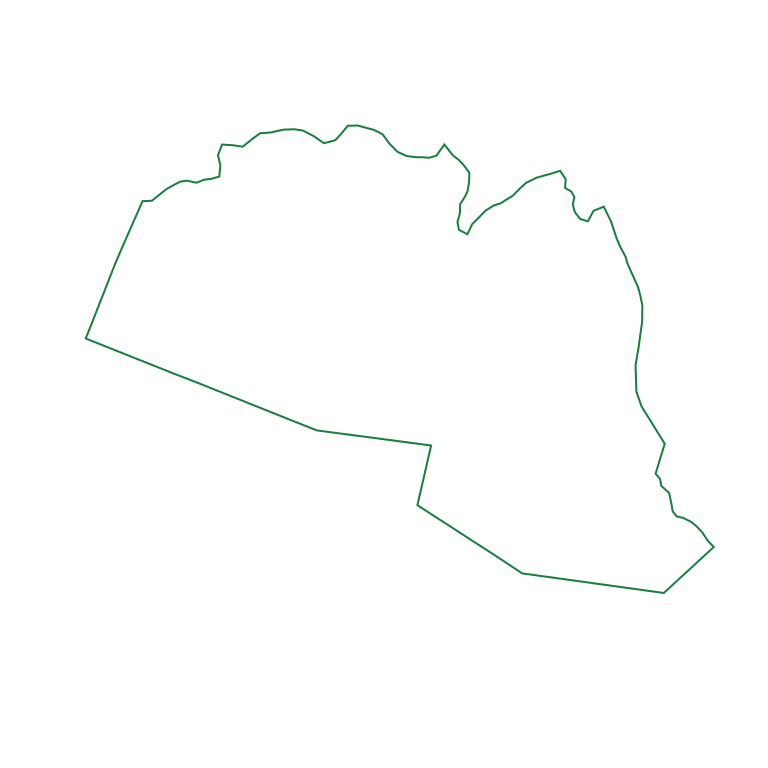 Caraúbas do Piauí, Piauí, Brazil, rotated 75°
{"feature_id": "56859067B66346161211565", "entity_name": "Caraúbas do Piauí", "entity_type": "district", "adm_level": 2, "iso_a3": "BRA", "parent_name": "Brazil", "parent_adm1": "Piauí", "projection": "albers", "projection_center": [-41.857, -3.587], "detail": "fine", "context": "isolated", "style": "outline", "palette": "green", "viewbox_px": 768, "rotation_deg": 75, "n_neighbors": 0, "source": "geoboundaries", "source_scale": "gbopen_adm2", "svg_char_len": 1593}
<svg xmlns="http://www.w3.org/2000/svg" viewBox="0 0 768 768"><g transform="rotate(75 384 384)"><path d="M514.4,128.3L472.4,141.0L456.8,142.2L430.8,136.1L413.8,128.3L390.8,118.6L375.3,114.2L365.0,113.5L356.6,113.5L330.2,117.7L323.7,117.7L313.1,120.2L303.8,121.6L286.1,122.6L269.6,125.8L270.9,136.8L279.6,144.9L275.5,151.7L267.3,155.2L259.3,155.2L252.8,151.7L246.7,153.2L241.5,158.3L233.1,155.5L223.6,158.7L224.1,168.0L224.1,174.2L224.2,183.3L226.5,194.8L230.6,202.6L235.4,210.7L237.8,218.9L239.7,224.5L239.9,231.7L242.8,241.0L247.3,248.6L252.5,257.5L260.9,264.7L254.5,271.7L246.4,271.1L239.0,266.6L230.0,263.9L224.2,257.5L219.7,253.6L211.0,249.5L202.0,246.9L192.9,250.5L186.5,254.0L181.0,258.3L168.3,263.7L172.2,268.5L177.1,274.4L177.1,282.1L175.1,287.6L173.0,295.0L169.7,303.1L163.2,310.9L152.9,316.7L142.3,320.8L135.9,328.0L130.8,336.9L127.5,342.5L125.2,352.2L131.4,360.8L135.9,368.0L135.9,379.6L126.3,387.8L118.2,396.7L114.8,404.5L112.3,415.2L111.7,428.7L109.7,438.7L113.6,448.7L118.2,459.0L114.3,468.1L110.8,478.4L120.1,485.2L130.4,485.5L141.0,489.4L141.1,498.1L140.1,504.7L141.0,513.1L136.6,521.7L135.8,528.2L137.2,535.0L139.5,543.9L143.3,552.5L146.9,560.8L144.9,569.9L186.2,603.1L199.0,613.1L254.1,653.8L262.8,660.3L267.3,654.4L319.3,584.7L335.1,563.1L392.4,486.5L411.5,460.8L451.0,365.5L455.6,354.4L509.7,383.1L581.9,317.9L602.7,299.6L658.3,167.8L626.8,107.7L619.0,111.9L610.1,114.8L602.7,118.7L596.8,122.9L590.6,129.9L587.7,135.5L581.7,138.1L574.3,137.4L563.0,136.8L554.2,142.5L547.2,141.9L541.0,144.9L534.0,140.6L514.4,128.3Z" fill="none" stroke="#15803d" stroke-width="2"/></g></svg>